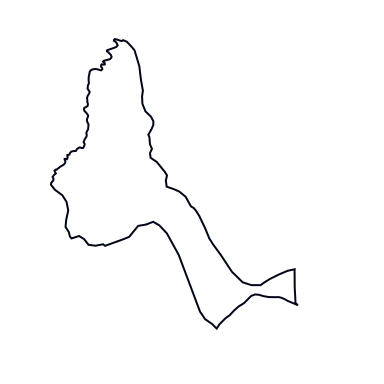 Cavala, Grand Gedeh, Liberia, rotated 289°
{"feature_id": "62588387B63271162227743", "entity_name": "Cavala", "entity_type": "district", "adm_level": 2, "iso_a3": "LBR", "parent_name": "Liberia", "parent_adm1": "Grand Gedeh", "projection": "mercator", "projection_center": [-8.18, 6.013], "detail": "fine", "context": "isolated", "style": "outline", "palette": "ink", "viewbox_px": 384, "rotation_deg": 289, "n_neighbors": 0, "source": "geoboundaries", "source_scale": "gbopen_adm2", "svg_char_len": 2982}
<svg xmlns="http://www.w3.org/2000/svg" viewBox="0 0 384 384"><g transform="rotate(289 192 192)"><path d="M152.4,314.2L148.5,307.9L141.7,300.4L134.7,293.6L129.3,289.3L126.3,287.2L123.4,278.9L123.3,278.5L123.1,269.3L129.6,255.7L141.8,239.8L149.6,228.6L153.1,224.3L153.8,223.4L161.8,216.4L171.6,206.8L173.0,205.1L175.8,201.6L177.4,198.8L178.1,195.7L178.8,194.9L182.1,191.2L185.5,187.4L188.3,179.7L188.8,173.6L188.8,166.3L189.6,165.9L194.4,163.5L199.5,163.0L202.4,159.5L202.5,159.3L203.9,157.0L204.0,156.8L208.5,149.6L208.9,148.9L210.9,141.7L215.1,139.6L219.8,140.1L223.3,136.8L230.1,133.8L231.9,132.1L235.2,132.7L238.5,133.3L241.4,133.5L242.7,133.6L246.4,132.4L249.9,128.6L253.1,121.7L259.4,116.3L262.3,115.2L265.5,113.9L265.9,113.7L271.8,112.6L279.3,108.4L280.5,107.7L287.2,104.4L293.7,101.3L297.6,98.5L301.5,95.7L307.3,91.5L309.7,87.5L312.9,81.4L313.1,77.5L312.9,77.5L311.8,76.3L311.7,74.2L311.7,71.4L311.5,69.3L310.4,68.7L309.6,68.9L309.2,70.8L308.0,72.5L306.4,74.0L304.4,73.1L302.8,71.2L298.4,65.6L297.4,65.8L296.7,67.6L295.3,70.5L293.8,71.9L292.7,72.0L290.9,71.2L288.8,68.1L287.3,65.8L286.2,65.5L285.9,66.3L285.7,67.3L284.9,67.7L284.3,68.0L283.7,67.3L283.6,66.5L283.4,65.1L282.6,64.8L280.9,65.1L280.5,66.1L279.3,67.1L278.7,67.2L277.4,66.4L277.2,62.4L276.8,60.4L275.6,58.1L274.0,56.6L272.4,56.2L269.6,56.6L267.1,56.9L266.1,57.2L264.3,57.8L261.2,59.1L259.1,58.9L255.7,59.6L254.6,61.1L253.3,62.7L251.6,62.7L249.2,62.1L246.6,62.1L245.2,63.0L243.3,63.6L241.2,65.0L239.3,65.3L237.7,64.0L236.5,62.8L235.1,62.9L233.6,63.9L232.7,65.8L231.1,68.3L230.0,69.1L227.1,69.0L225.5,69.3L224.0,70.3L222.3,72.1L217.7,73.3L214.0,72.8L213.1,73.0L211.7,73.9L210.0,74.2L207.6,73.6L205.5,73.3L203.9,73.2L203.3,73.9L202.5,74.9L201.6,75.1L198.3,74.8L197.6,73.6L197.7,71.4L195.4,69.3L193.1,68.9L192.5,67.7L191.7,65.8L190.9,64.7L189.0,63.9L187.5,63.9L187.0,63.3L186.5,62.1L185.4,62.3L184.6,63.1L183.1,63.2L182.4,63.1L182.4,62.7L182.4,61.9L181.8,60.8L181.0,61.1L180.0,62.2L178.4,62.6L176.2,61.9L175.4,61.2L173.3,59.4L168.8,56.5L168.7,55.8L167.4,55.0L166.1,56.2L165.2,57.2L163.0,55.9L160.8,55.3L160.2,55.9L159.6,56.6L157.9,57.1L154.7,55.9L153.4,56.2L153.0,56.2L149.5,61.6L146.7,70.5L144.3,73.5L141.8,76.6L134.2,81.0L133.3,81.1L124.8,82.1L117.8,83.8L114.1,88.5L110.1,91.1L108.9,93.2L111.5,96.7L113.6,99.5L112.4,105.2L108.4,111.3L109.8,118.3L110.0,118.6L113.6,124.9L112.8,127.3L124.3,141.6L129.1,147.2L142.4,152.1L146.3,159.2L151.2,165.0L149.8,172.1L144.7,181.7L128.2,199.9L105.5,218.7L81.4,238.6L79.6,241.1L76.1,245.7L75.0,249.5L73.7,254.1L70.9,259.8L75.7,261.0L79.9,263.0L83.6,264.8L87.8,267.8L93.5,270.3L94.0,270.6L98.9,273.3L103.9,277.4L109.3,280.0L111.6,281.1L113.2,282.0L113.5,282.4L114.5,283.6L115.3,284.5L115.5,284.7L115.8,285.5L116.6,288.6L116.8,293.4L117.6,298.6L119.7,305.1L120.5,307.2L120.9,308.4L121.1,311.0L121.0,312.0L120.9,314.3L120.2,317.8L119.8,324.4L119.4,329.0L120.7,326.0L121.4,325.7L126.3,323.8L134.9,320.3L151.3,314.5L152.4,314.2Z" fill="none" stroke="#020617" stroke-width="2"/></g></svg>